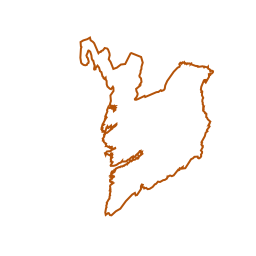 the district of Osterøy nor, Hordaland, Norway, rotated 294°
{"feature_id": "86288312B51144520840876", "entity_name": "Osterøy nor", "entity_type": "district", "adm_level": 2, "iso_a3": "NOR", "parent_name": "Norway", "parent_adm1": "Hordaland", "projection": "equal_earth", "projection_center": [5.572, 60.569], "detail": "fine", "context": "isolated", "style": "outline", "palette": "amber", "viewbox_px": 256, "rotation_deg": 294, "n_neighbors": 0, "source": "geoboundaries", "source_scale": "gbopen_adm2", "svg_char_len": 5949}
<svg xmlns="http://www.w3.org/2000/svg" viewBox="0 0 256 256"><g transform="rotate(294 128 128)"><path d="M195.1,56.5L192.6,54.7L189.8,51.5L187.2,49.7L183.2,51.9L183.0,52.6L181.4,52.7L172.8,55.9L168.5,58.7L167.8,60.4L167.6,62.1L168.0,63.6L168.9,64.7L170.5,64.7L171.3,65.4L172.7,65.1L175.5,62.8L175.9,61.8L177.4,60.5L181.3,60.5L181.7,60.2L182.3,60.3L182.0,60.8L182.7,61.2L182.3,62.5L179.5,65.0L176.5,66.8L175.3,68.3L175.4,68.9L172.0,71.5L171.8,72.1L168.0,73.0L167.7,73.5L168.4,74.4L169.3,74.0L172.6,74.8L171.4,77.0L168.5,79.4L168.2,81.0L164.8,83.7L164.4,84.9L163.7,85.2L163.2,86.5L164.8,87.1L163.3,87.9L162.3,89.3L159.2,90.8L157.5,92.4L156.5,95.4L156.6,96.7L159.5,97.4L158.8,98.3L155.9,99.7L150.6,98.7L145.7,101.4L141.7,101.9L141.4,102.6L141.9,102.6L141.1,104.3L141.9,104.9L141.5,105.7L142.7,106.3L142.4,106.7L142.7,107.3L140.9,106.4L141.5,108.6L140.3,108.4L139.5,109.1L137.7,108.2L139.0,107.4L139.6,106.4L139.1,105.5L139.5,104.1L138.8,103.1L139.5,101.5L135.8,101.6L134.8,102.4L129.6,102.5L129.6,102.9L128.1,103.1L129.8,104.5L128.3,103.9L124.8,103.6L121.2,103.4L121.3,104.6L120.6,104.3L120.7,103.4L117.4,103.8L117.6,104.6L116.4,104.5L116.6,105.0L114.6,105.3L115.1,105.4L114.8,105.9L115.3,105.9L115.3,106.4L114.3,106.4L114.9,108.0L115.4,107.9L115.4,108.4L115.9,108.7L119.6,108.2L119.6,108.7L121.2,108.6L120.2,110.1L123.2,111.5L121.6,112.3L121.5,112.8L127.0,115.8L126.4,116.1L124.5,115.6L121.3,113.5L121.1,113.7L121.5,114.1L121.0,113.9L120.2,113.4L120.8,113.3L120.5,112.7L119.2,112.8L115.2,110.9L113.9,109.1L112.4,108.9L112.4,109.5L110.9,109.3L110.4,109.8L108.0,109.3L107.9,109.7L106.4,110.1L106.7,110.8L105.9,111.1L105.2,112.1L104.8,114.4L103.9,114.3L103.1,115.5L102.6,115.4L102.9,116.0L102.6,117.9L103.4,118.3L103.0,119.0L103.8,120.2L103.0,120.2L103.6,121.0L102.5,121.2L102.8,122.0L102.2,122.2L104.5,124.4L104.2,124.6L101.4,122.1L99.8,121.5L98.0,118.3L96.3,117.9L95.6,117.2L95.1,117.7L95.6,117.7L95.5,118.3L95.0,118.6L95.5,118.6L95.8,119.4L95.6,122.6L97.3,123.2L97.7,122.9L98.1,123.8L97.4,123.8L97.3,124.3L96.6,124.0L96.8,123.8L95.1,124.2L95.6,124.6L95.1,124.6L94.8,125.6L92.9,124.9L91.9,125.2L91.6,125.9L90.3,126.0L90.5,127.8L86.8,127.3L86.4,127.7L87.7,130.4L89.6,132.5L92.3,134.1L93.4,135.4L95.4,136.0L94.8,136.2L96.7,139.8L99.1,141.0L99.4,141.7L102.7,143.1L103.4,143.6L102.9,144.2L103.4,144.2L103.2,144.6L103.7,144.7L103.4,144.9L103.9,144.9L104.4,146.1L106.3,146.3L108.4,147.2L108.1,147.5L111.8,148.2L112.1,148.6L110.4,148.6L111.7,149.3L111.7,150.0L110.9,150.2L111.6,150.6L110.4,150.9L110.2,151.6L106.5,149.7L105.5,149.7L105.8,149.4L105.1,149.5L104.6,148.5L103.9,148.7L103.9,148.2L102.0,147.3L100.4,145.0L99.7,145.0L99.5,144.3L99.0,144.4L99.0,143.7L95.9,142.5L96.0,141.9L94.5,141.9L94.6,141.6L93.2,140.4L91.7,139.7L91.7,139.1L90.5,138.5L90.2,137.3L88.9,136.6L88.8,135.9L85.9,133.4L84.7,133.1L84.7,133.5L83.7,133.5L83.8,132.6L82.0,132.9L82.5,132.7L82.3,131.7L81.8,131.7L81.6,131.0L80.4,131.0L80.8,132.4L79.4,131.4L78.2,131.6L77.0,131.1L77.0,132.3L78.3,132.5L78.3,132.9L76.6,132.5L76.8,132.8L76.4,132.8L76.2,133.6L78.1,134.8L78.5,135.5L76.4,134.1L75.0,134.0L74.6,133.3L73.2,132.7L71.9,133.4L72.3,134.5L71.6,134.7L71.4,135.5L71.9,135.9L71.2,136.2L71.7,136.2L71.7,136.9L68.8,135.2L67.6,135.2L65.8,136.4L65.0,136.4L64.8,136.9L63.3,136.8L63.2,137.8L60.1,138.3L59.3,139.1L58.2,138.9L56.3,139.7L55.5,139.2L56.2,140.0L54.9,139.4L50.9,139.0L50.4,139.6L48.0,139.8L46.8,140.7L45.9,140.5L41.6,141.6L39.6,143.0L42.0,144.3L42.4,145.0L41.1,147.0L41.5,148.4L47.0,150.8L51.1,153.8L60.3,155.8L68.9,158.9L71.5,160.7L69.6,162.4L70.5,163.5L77.4,164.7L80.1,163.5L82.0,163.6L82.1,164.6L81.2,164.6L79.7,165.4L80.2,166.9L79.4,167.4L80.7,169.0L80.1,170.8L81.2,172.5L84.2,174.5L87.4,175.4L88.5,176.4L91.2,177.2L91.7,179.2L94.7,181.4L95.5,182.7L97.6,184.1L99.1,183.9L98.9,184.2L99.8,184.3L101.4,185.4L101.8,186.1L101.8,187.6L103.3,189.0L109.9,190.7L109.6,191.0L110.6,192.0L112.1,191.7L112.0,192.3L114.5,193.8L113.0,194.1L114.6,196.7L125.1,198.3L126.8,199.7L128.7,200.4L130.2,203.3L129.1,204.2L129.1,205.2L130.6,206.2L132.2,206.3L133.3,205.5L135.3,205.8L136.5,205.3L137.1,203.8L141.0,204.1L142.2,203.5L142.3,203.0L141.9,203.0L142.7,201.8L143.7,201.7L143.9,202.1L143.9,201.7L144.6,201.7L144.9,200.9L151.8,201.5L155.3,200.9L157.4,201.9L157.9,201.0L158.7,201.0L162.6,201.9L163.4,200.7L163.9,200.7L163.6,200.4L167.3,200.6L168.4,197.3L169.5,196.1L169.8,195.0L172.7,193.9L172.8,192.6L173.3,192.6L174.3,189.8L175.9,189.5L176.0,189.1L177.0,188.9L176.5,188.7L179.3,187.6L180.2,186.5L181.3,186.2L182.6,185.0L184.4,184.4L186.1,184.5L188.0,182.2L191.5,181.0L191.5,180.6L190.7,180.7L191.0,180.6L190.8,180.3L192.1,179.9L192.6,179.0L195.4,178.2L202.0,178.0L202.9,178.2L203.5,179.4L201.4,179.7L201.1,180.5L207.7,181.2L209.5,180.3L209.3,181.2L209.7,181.5L210.1,181.6L210.7,180.9L211.8,182.3L213.3,182.9L214.4,182.6L214.5,181.1L213.2,180.2L214.7,179.1L214.9,177.0L216.4,176.2L215.7,176.0L215.7,175.4L216.2,175.3L215.5,175.1L215.2,173.0L214.4,172.8L214.9,172.0L214.7,171.0L212.9,168.1L212.9,166.8L212.4,166.8L212.6,165.5L212.2,164.5L211.9,160.2L212.5,159.7L211.9,159.4L212.4,159.3L211.9,158.7L211.9,157.6L211.4,157.1L211.4,156.3L210.2,155.7L210.7,154.5L209.9,154.0L210.7,153.0L210.2,153.0L210.3,151.5L209.3,151.1L209.8,150.9L208.8,150.1L208.9,149.3L207.2,148.9L206.3,150.0L204.8,150.1L203.3,148.8L198.0,146.9L186.9,144.7L182.1,144.7L178.7,145.6L177.1,145.2L175.5,143.6L175.9,142.6L173.3,141.1L172.3,139.4L163.3,131.1L164.1,130.1L158.4,125.3L157.0,123.8L156.8,122.8L157.2,122.5L160.1,123.3L162.3,123.2L163.5,122.7L165.1,120.8L167.0,119.5L171.9,122.0L172.4,121.9L172.3,121.1L175.6,121.6L178.6,119.7L179.5,117.7L180.4,117.1L183.5,117.0L185.7,116.2L187.2,116.3L189.5,115.4L193.7,114.9L198.2,111.1L197.8,100.6L197.1,100.0L185.3,99.4L183.1,95.7L178.6,93.3L176.0,90.6L181.2,85.3L183.0,82.4L187.0,81.7L188.8,80.6L191.6,77.8L192.1,76.7L191.6,74.2L188.7,73.5L187.4,72.2L186.4,72.2L185.6,71.0L184.3,70.6L191.7,62.6L192.5,60.7L192.9,58.2L195.1,56.5Z" fill="none" stroke="#b45309" stroke-width="2"/></g></svg>